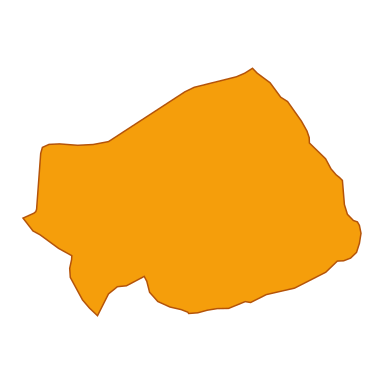 the Province of Soum
{"feature_id": "BFA-2806", "entity_name": "Soum", "entity_type": "Province", "adm_level": 1, "iso_a3": "BFA", "parent_name": "Burkina Faso", "parent_adm1": "", "projection": "mercator", "projection_center": [-1.266, 14.274], "detail": "fine", "context": "isolated", "style": "filled", "palette": "amber", "viewbox_px": 384, "rotation_deg": 0, "n_neighbors": 0, "source": "natural_earth", "source_scale": "10m", "svg_char_len": 967}
<svg xmlns="http://www.w3.org/2000/svg" viewBox="0 0 384 384"><path d="M77.7,145.3L93.2,144.5L108.5,141.6L184.9,91.8L194.2,87.3L236.3,76.8L244.7,73.2L252.5,68.3L257.2,73.2L270.1,82.8L280.7,97.2L287.6,101.6L301.4,121.1L307.0,131.1L309.2,137.6L309.4,143.0L325.6,158.8L331.0,168.9L336.1,174.8L339.6,177.6L342.4,180.4L344.4,204.6L347.4,214.3L353.4,220.5L357.4,221.9L359.4,225.4L361.0,233.3L359.4,243.4L356.5,252.4L350.6,258.1L343.6,260.8L340.9,260.9L337.3,261.1L325.8,272.2L294.6,288.1L266.3,294.6L250.6,302.5L245.2,301.6L228.6,308.4L217.2,308.6L207.3,310.2L197.8,312.8L188.7,313.5L187.8,312.2L181.2,309.6L169.9,307.0L157.8,301.5L149.6,292.3L146.8,281.3L144.2,276.4L126.4,285.8L117.4,286.7L108.5,293.9L97.5,315.7L89.5,308.1L82.5,299.9L70.3,277.4L69.7,268.4L71.6,259.5L71.8,255.7L58.6,248.4L39.9,234.7L33.0,231.0L23.0,218.1L33.9,213.2L35.8,211.6L36.6,209.2L40.7,153.4L42.4,147.4L49.0,144.4L59.6,143.9L77.7,145.3Z" fill="#f59e0b" stroke="#b45309" stroke-width="1.5"/></svg>